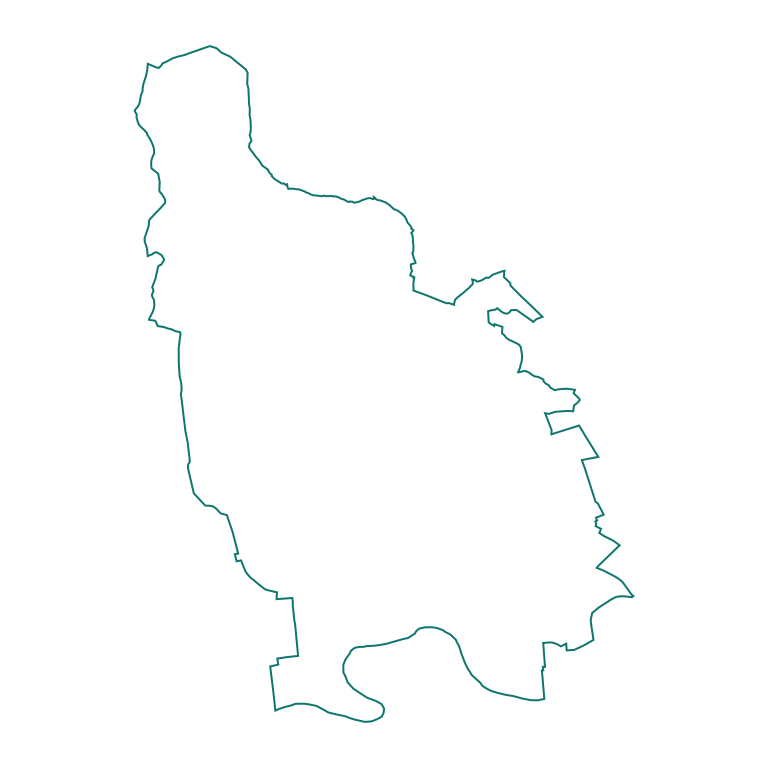 Petru Rares, Bistrita-Nasaud, Romania
{"feature_id": "2599482B85386243781565", "entity_name": "Petru Rares", "entity_type": "district", "adm_level": 2, "iso_a3": "ROU", "parent_name": "Romania", "parent_adm1": "Bistrita-Nasaud", "projection": "natural_earth1", "projection_center": [24.004, 47.209], "detail": "fine", "context": "isolated", "style": "outline", "palette": "teal", "viewbox_px": 768, "rotation_deg": 0, "n_neighbors": 0, "source": "geoboundaries", "source_scale": "gbopen_adm2", "svg_char_len": 6102}
<svg xmlns="http://www.w3.org/2000/svg" viewBox="0 0 768 768"><path d="M631.9,597.2L633.3,595.9L632.5,595.5L631.3,594.2L623.2,582.9L621.1,580.7L618.6,578.8L615.6,576.9L609.6,573.7L604.0,570.8L596.7,567.8L598.9,565.3L619.6,545.3L613.3,540.7L603.7,535.9L599.4,532.9L601.0,528.8L595.7,526.2L596.3,523.6L595.5,522.5L595.5,521.3L597.1,520.5L596.4,519.0L596.0,517.7L603.7,514.7L597.9,503.5L595.5,501.7L585.0,468.8L582.3,461.3L581.9,460.0L598.3,456.9L585.8,436.8L579.1,425.5L551.4,434.3L551.6,430.1L545.1,413.2L547.0,413.6L549.1,413.8L555.2,411.8L566.7,411.0L573.2,411.2L574.0,405.5L577.7,402.5L579.6,400.3L579.6,399.0L573.6,393.2L574.9,389.8L567.5,388.8L563.3,388.9L558.5,389.3L554.9,390.2L550.5,387.7L548.5,385.0L545.8,383.6L543.6,381.4L543.5,379.7L541.7,378.6L538.1,376.9L534.4,376.3L532.0,374.8L528.9,372.5L525.1,370.8L519.2,372.2L518.1,372.2L520.1,367.6L520.6,364.6L521.6,361.8L522.2,356.2L520.8,347.2L519.1,344.7L515.6,342.8L508.9,339.7L506.3,337.9L504.7,335.6L502.0,333.1L502.4,326.9L494.6,324.1L494.1,326.0L489.9,323.4L488.7,322.2L488.1,311.2L490.6,310.4L493.9,309.8L495.6,309.6L497.3,308.2L501.2,311.5L503.0,312.6L505.4,313.6L507.9,313.5L509.9,311.8L511.0,310.2L516.5,309.9L532.3,321.1L533.2,322.0L536.4,319.1L542.5,316.8L531.6,306.2L520.3,295.5L510.5,285.6L510.3,283.2L503.9,277.0L504.2,271.8L504.5,270.8L502.9,271.1L492.7,274.7L489.2,277.6L487.4,277.9L486.5,277.5L481.5,280.4L478.4,281.4L476.7,281.6L475.9,280.5L472.2,279.5L472.8,281.8L472.7,284.0L469.1,287.8L462.8,293.3L461.2,294.4L457.3,297.6L455.2,299.7L454.3,302.6L454.1,304.8L448.6,303.0L446.4,303.3L427.5,295.7L413.4,290.5L413.5,288.1L413.4,283.7L413.8,279.6L414.3,278.1L413.6,277.9L413.9,276.9L411.8,276.3L410.2,275.1L412.0,270.7L411.0,267.7L410.8,264.4L415.5,263.0L415.3,261.4L414.1,259.2L412.3,252.9L413.2,251.9L413.5,245.8L413.0,242.3L412.8,237.6L412.3,234.8L411.4,233.5L411.4,232.6L412.8,231.5L413.4,230.2L411.4,228.8L411.5,227.6L410.3,225.8L408.9,224.1L407.5,222.6L406.8,220.6L406.1,218.9L405.3,217.7L405.0,216.8L403.3,215.2L401.9,213.6L400.5,212.8L398.8,211.3L397.3,210.5L394.6,209.3L393.7,209.2L392.8,208.0L391.9,207.4L390.7,206.1L389.2,204.8L385.4,202.3L380.2,200.4L378.8,200.3L377.3,199.8L375.8,199.1L375.0,197.8L373.9,197.1L374.1,198.1L373.7,198.9L372.9,199.2L371.7,198.6L370.4,198.1L369.2,198.1L367.8,198.3L365.5,199.0L361.6,200.4L359.0,201.7L354.2,202.8L352.3,201.7L351.1,201.7L350.4,201.5L349.8,201.4L349.3,201.8L348.3,202.0L343.9,199.5L341.7,198.9L339.5,197.9L337.5,196.8L334.7,196.3L333.8,196.4L330.7,195.9L329.0,196.2L325.4,196.0L323.5,195.6L322.5,196.2L320.4,196.1L317.5,195.6L312.9,195.2L310.1,194.2L308.2,192.9L305.9,192.5L305.0,191.6L300.7,190.0L299.4,189.4L295.9,189.2L293.3,188.7L290.7,188.7L288.3,188.9L287.4,186.7L287.1,184.3L285.5,184.9L284.2,183.5L281.9,183.6L274.8,179.2L271.6,176.0L271.8,174.8L270.2,173.5L268.8,171.8L267.9,169.6L262.2,165.5L258.9,160.2L256.4,157.5L250.2,149.2L249.0,147.1L249.6,143.4L251.5,140.9L249.7,135.2L250.7,131.7L250.8,126.7L250.5,120.1L249.6,115.0L249.8,108.7L249.0,103.3L248.9,99.4L248.4,88.6L247.2,83.9L247.6,72.6L245.7,69.4L230.1,56.6L221.4,52.6L216.5,48.2L209.8,46.1L191.0,52.6L184.3,55.1L177.8,56.6L172.5,58.4L165.8,62.0L162.9,63.2L161.0,65.8L158.7,68.0L155.7,67.2L147.8,63.8L147.2,70.4L146.0,76.0L143.5,83.7L142.6,88.4L142.6,91.1L140.9,95.4L139.6,102.9L138.1,106.2L134.7,110.4L135.1,111.7L136.8,114.7L136.5,117.3L137.8,121.9L139.0,124.8L141.1,127.2L143.0,128.8L146.8,132.8L147.4,134.8L150.3,139.5L152.1,143.3L153.5,147.0L154.0,149.3L154.2,153.6L152.8,156.1L151.4,160.4L151.1,163.1L151.3,166.0L151.5,168.4L158.2,173.7L159.7,181.9L159.3,190.5L160.1,192.2L162.1,194.5L164.6,198.5L165.3,201.0L165.0,203.0L160.3,208.3L154.6,214.1L151.2,217.9L149.9,219.1L149.1,220.6L148.7,226.0L144.6,238.1L144.8,242.1L146.4,246.3L147.1,249.1L147.7,256.1L152.2,254.3L153.7,253.0L156.3,252.2L159.4,253.8L161.6,255.2L164.0,259.1L164.0,260.3L162.7,262.1L162.0,263.6L161.1,264.7L158.6,265.8L157.8,267.9L157.2,271.0L156.2,275.2L155.6,278.2L152.2,287.3L153.2,289.3L153.4,291.3L152.6,293.2L151.9,294.7L152.5,297.4L153.9,299.7L154.4,305.0L154.0,308.1L152.7,312.0L149.2,318.8L149.1,319.8L155.0,320.7L155.8,321.7L157.7,326.1L163.7,327.0L168.3,328.6L171.0,329.1L175.6,331.2L180.1,332.2L180.5,334.2L179.3,342.7L179.3,344.2L179.0,345.8L178.7,347.4L178.8,363.1L179.6,375.9L181.3,383.7L181.6,390.1L181.0,393.4L180.9,395.3L181.4,397.6L185.4,431.1L187.7,442.7L189.9,461.7L188.1,464.5L188.0,468.3L193.8,493.3L205.2,505.6L209.0,505.7L213.1,506.4L216.6,509.0L220.5,513.3L226.9,515.1L232.6,532.1L238.2,553.6L234.8,554.2L236.6,561.1L236.6,561.3L241.1,560.4L243.6,566.9L245.9,572.1L249.1,576.1L250.7,577.8L254.3,580.6L257.3,583.2L262.0,587.0L265.4,589.5L271.9,591.2L276.9,592.3L276.6,599.1L277.5,599.1L292.3,598.0L292.8,601.6L292.8,604.9L292.8,606.1L293.4,611.4L294.0,617.5L294.5,621.8L295.0,623.3L298.1,655.9L286.2,657.2L277.3,658.6L278.3,664.6L270.2,666.5L273.3,691.7L275.4,710.6L278.9,709.0L284.8,707.0L291.2,705.4L295.5,703.8L304.2,703.7L309.2,704.4L316.4,705.9L323.4,709.6L328.4,712.5L338.4,714.9L344.9,716.1L348.8,717.7L354.0,719.4L364.9,721.9L371.4,721.4L376.9,719.3L381.7,716.7L383.5,713.0L384.2,708.8L381.6,704.1L376.0,701.0L367.3,697.8L358.8,692.4L353.1,688.4L347.6,682.3L346.0,677.7L343.4,672.4L343.3,665.1L345.2,660.0L347.0,657.3L350.1,652.9L350.9,650.7L354.8,647.8L359.3,646.9L363.5,646.9L366.2,646.2L372.8,645.8L378.9,645.2L386.4,643.8L402.9,639.1L408.0,638.0L414.6,633.8L416.5,630.8L419.3,628.6L424.4,627.4L431.3,627.2L436.2,627.8L443.0,630.1L444.4,631.4L450.5,634.6L455.8,639.7L457.0,642.5L458.8,645.6L460.3,649.9L461.2,653.3L462.9,657.4L464.5,661.9L466.5,666.1L468.3,669.6L470.2,672.2L471.5,674.7L473.9,677.0L480.2,682.7L482.4,685.8L486.8,688.7L491.3,691.0L497.6,692.9L505.3,694.7L513.8,696.2L522.2,698.5L531.0,700.2L538.1,700.3L544.3,698.9L541.9,670.4L543.3,670.3L542.8,666.8L545.0,666.9L543.2,643.0L549.4,642.4L552.0,642.5L556.8,644.0L560.9,646.4L564.5,644.5L566.2,643.6L566.7,650.4L572.2,650.0L574.0,650.0L583.9,645.4L593.5,639.9L591.1,624.1L590.7,620.0L592.2,613.0L598.9,607.4L610.5,599.9L615.8,597.0L620.5,596.3L624.4,596.3L627.6,596.7L631.9,597.2Z" fill="none" stroke="#0f766e" stroke-width="2"/></svg>